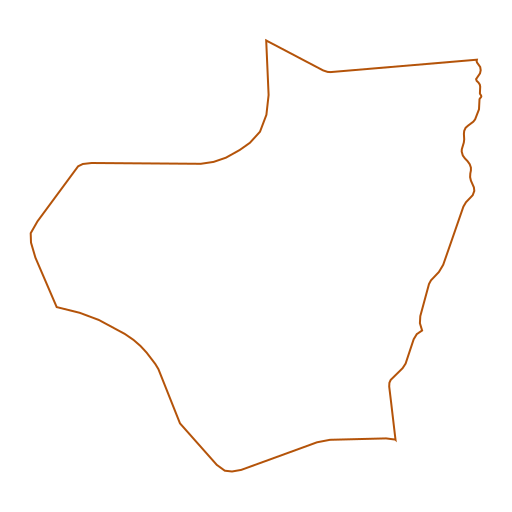 the border of Kassala
{"feature_id": "SDN-884", "entity_name": "Kassala", "entity_type": "State", "adm_level": 1, "iso_a3": "SDN", "parent_name": "Sudan", "parent_adm1": "", "projection": "orthographic", "projection_center": [36.251, 15.89], "detail": "fine", "context": "isolated", "style": "outline", "palette": "amber", "viewbox_px": 512, "rotation_deg": 0, "n_neighbors": 0, "source": "natural_earth", "source_scale": "10m", "svg_char_len": 1306}
<svg xmlns="http://www.w3.org/2000/svg" viewBox="0 0 512 512"><path d="M469.9,164.7L470.9,167.6L470.9,170.5L470.3,173.5L470.1,177.1L470.9,180.6L473.9,187.4L474.3,190.9L472.7,195.2L466.0,202.2L463.4,206.6L458.1,221.9L450.9,242.7L443.2,264.8L438.9,272.0L431.0,280.3L429.0,284.0L420.3,316.1L419.9,323.2L422.1,330.5L416.8,334.1L413.7,339.2L405.6,363.6L402.6,368.2L390.7,379.9L389.4,382.8L389.2,386.5L391.1,402.3L394.4,430.4L395.5,439.7L395.4,439.6L386.1,438.4L330.0,439.8L317.0,442.3L241.2,469.9L232.0,471.5L224.8,470.7L216.8,464.9L180.0,423.4L158.4,369.1L155.3,364.0L146.6,352.6L140.5,346.0L133.5,339.9L124.9,334.0L98.9,320.0L79.7,312.8L56.7,307.1L35.4,257.6L31.0,242.6L30.7,233.2L37.5,221.3L78.1,166.3L82.8,164.0L91.6,163.0L200.8,163.8L213.6,161.9L225.9,157.7L239.7,150.0L249.9,142.8L260.0,131.7L266.4,114.8L268.6,95.0L266.2,40.5L323.1,70.4L327.6,71.9L330.5,72.1L476.9,59.7L476.6,61.1L477.0,62.5L480.2,67.0L480.7,70.2L480.0,73.4L476.1,79.1L476.7,80.9L478.4,82.5L479.8,84.6L480.2,86.7L479.9,93.4L480.1,94.0L481.1,95.5L481.3,96.5L481.0,97.2L479.8,98.6L479.5,99.3L479.0,109.3L475.1,119.4L473.3,121.7L468.1,125.6L465.6,127.8L464.2,130.9L463.9,133.9L464.2,139.4L463.8,142.6L461.8,149.3L461.7,151.6L462.8,155.5L464.9,158.4L467.5,161.1L469.7,164.2L469.9,164.7Z" fill="none" stroke="#b45309" stroke-width="2"/></svg>